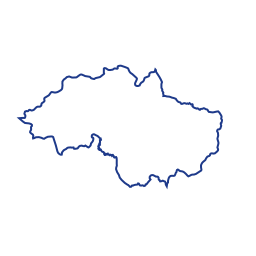 Rueso, Narathiwat, Thailand, rotated 55°
{"feature_id": "78962969B48534780184393", "entity_name": "Rueso", "entity_type": "district", "adm_level": 2, "iso_a3": "THA", "parent_name": "Thailand", "parent_adm1": "Narathiwat", "projection": "mercator", "projection_center": [101.513, 6.372], "detail": "fine", "context": "isolated", "style": "outline", "palette": "blue", "viewbox_px": 256, "rotation_deg": 55, "n_neighbors": 0, "source": "geoboundaries", "source_scale": "gbopen_adm2", "svg_char_len": 5813}
<svg xmlns="http://www.w3.org/2000/svg" viewBox="0 0 256 256"><g transform="rotate(55 128 128)"><path d="M171.3,44.5L167.8,44.3L166.1,44.6L165.3,46.2L164.2,48.9L163.7,49.8L161.2,52.5L160.2,52.6L159.2,52.4L158.2,52.6L157.2,53.5L155.7,54.2L155.2,54.7L154.9,56.2L154.2,57.3L154.1,57.7L154.4,58.4L154.0,59.0L152.5,59.3L151.7,59.9L151.7,60.3L151.3,60.9L150.7,61.1L150.1,61.7L148.6,62.5L147.0,62.7L146.8,62.5L146.5,61.9L145.8,61.6L145.5,61.6L144.8,62.9L142.9,63.3L142.9,64.7L142.0,65.2L141.7,66.2L140.3,67.2L139.8,67.9L139.3,69.8L138.8,70.5L137.1,70.5L135.6,71.7L134.7,72.0L133.0,72.2L131.5,72.1L129.6,73.4L128.3,74.6L127.2,75.3L126.1,76.1L124.5,78.0L123.2,79.1L122.1,80.7L121.3,79.9L121.0,79.8L120.4,79.7L119.9,79.5L119.3,78.8L117.0,78.6L116.1,77.8L114.4,77.6L114.0,77.4L111.4,75.6L110.6,74.8L110.2,74.1L109.8,73.8L107.0,73.3L104.1,73.0L98.1,72.8L96.7,72.0L96.4,71.9L95.7,72.0L96.7,73.2L97.1,74.2L96.9,75.0L95.7,76.9L95.5,77.9L95.6,79.0L95.8,79.3L97.2,80.5L97.5,81.4L96.6,85.0L96.6,85.6L96.7,86.0L97.6,87.0L98.3,88.1L98.6,89.2L98.5,91.0L98.7,91.9L99.1,93.0L99.8,94.0L99.4,95.6L98.6,96.7L97.6,97.3L97.0,97.4L96.2,97.1L95.5,96.6L95.2,96.2L93.4,93.1L92.7,92.4L91.8,92.3L86.2,93.6L85.0,94.1L83.8,94.4L82.5,94.4L81.1,94.2L80.2,93.9L79.1,93.8L78.0,94.4L76.2,95.6L73.2,97.8L72.5,98.6L71.8,100.1L71.7,101.0L71.9,101.3L73.2,102.2L73.3,102.7L73.0,103.2L72.0,104.2L71.4,105.0L71.4,107.1L70.2,109.5L69.5,110.4L69.1,110.8L67.9,111.3L66.4,111.9L65.5,112.8L65.4,113.2L65.5,113.7L68.7,116.0L69.7,116.3L69.9,116.6L70.2,121.4L70.1,122.0L68.7,125.5L68.5,126.1L68.5,127.5L68.3,127.8L66.9,129.1L65.9,129.7L64.6,129.8L64.0,130.1L60.9,133.3L59.5,134.1L57.6,135.3L57.1,136.0L56.9,136.8L56.9,138.8L57.0,140.4L56.9,141.3L56.5,142.0L54.6,144.9L52.0,146.7L51.2,149.0L51.5,150.7L51.5,152.8L52.3,155.0L54.0,156.3L55.4,157.1L57.7,159.1L58.1,159.6L58.3,160.2L58.5,161.3L58.3,164.0L58.1,165.2L57.7,166.3L57.1,167.5L54.8,169.8L54.7,170.4L54.7,170.8L55.7,173.7L55.8,174.4L55.5,179.0L55.8,179.6L56.2,180.0L57.7,180.7L58.0,181.0L58.2,181.5L58.3,182.3L58.3,184.4L58.8,185.3L59.4,185.7L59.8,186.2L60.0,186.8L60.0,187.9L58.7,189.8L58.5,190.6L58.5,191.4L59.1,194.7L58.9,195.7L58.5,196.8L57.9,197.3L56.9,197.9L56.6,198.3L56.5,199.0L56.8,199.6L56.8,200.3L56.4,201.0L55.8,201.5L55.5,203.0L56.9,204.7L57.4,204.8L58.7,204.8L59.6,205.4L60.2,206.1L60.5,206.6L60.3,207.2L59.0,209.0L57.5,211.6L62.3,210.4L64.8,209.5L67.5,206.4L69.1,205.2L70.3,204.9L71.2,205.5L71.4,206.5L72.1,207.3L73.4,208.0L74.2,208.9L74.5,209.8L75.2,210.6L76.4,210.6L78.9,209.7L80.2,210.1L81.3,211.3L82.1,211.7L82.5,210.6L82.8,208.7L84.4,206.2L86.3,204.6L88.0,203.6L88.7,202.9L88.8,200.9L89.2,198.7L90.9,195.7L91.6,194.9L92.5,194.5L100.9,197.1L106.6,199.2L108.3,199.5L110.1,199.1L111.2,198.5L111.8,197.6L111.3,197.0L110.2,196.2L109.4,193.6L109.4,192.7L109.7,190.7L109.5,189.2L109.7,188.3L110.8,186.4L111.9,185.2L112.7,183.8L114.0,184.1L114.3,183.8L114.7,183.3L115.7,181.2L115.7,180.6L115.1,179.0L115.1,177.6L115.9,176.0L117.1,175.1L117.9,174.1L117.9,173.0L120.9,171.8L121.2,171.6L121.3,171.2L121.1,169.7L120.8,168.6L119.4,167.1L119.2,166.2L118.6,164.4L117.7,163.2L116.9,162.5L116.2,162.2L115.8,162.3L115.2,162.8L114.6,162.8L113.8,162.3L113.2,161.6L113.2,160.3L113.5,159.6L114.0,159.2L115.6,158.4L117.1,157.5L120.1,156.9L120.7,156.6L120.9,156.4L121.6,156.8L122.2,156.9L122.3,157.1L122.3,157.4L121.7,157.5L121.7,157.9L123.8,159.2L124.2,160.2L124.7,160.1L124.9,160.7L125.2,160.5L125.7,160.6L125.9,161.7L125.6,162.3L126.1,162.7L126.5,162.8L126.5,163.1L126.8,163.1L127.1,162.9L127.7,163.0L127.8,163.7L128.7,163.3L128.7,164.0L128.8,164.2L129.2,164.0L129.5,164.0L129.7,163.9L129.9,163.6L129.9,162.7L130.1,162.6L130.8,162.8L132.1,162.9L133.0,162.5L133.5,161.9L134.0,161.8L134.5,161.8L135.0,162.1L135.1,161.9L134.9,161.7L135.2,161.6L135.4,161.6L135.7,162.2L136.0,162.5L136.8,162.5L137.0,162.2L136.9,161.9L137.1,161.6L136.9,161.1L136.9,160.7L137.6,160.6L137.8,160.3L137.4,159.6L137.4,159.2L137.6,159.2L138.1,159.4L138.8,159.2L139.3,158.3L139.9,158.5L140.1,158.2L140.1,157.5L140.8,157.0L141.0,156.5L141.5,156.9L141.7,157.0L141.8,155.9L142.4,156.0L143.0,155.8L143.5,156.2L144.4,156.1L144.9,155.2L144.8,154.8L145.0,154.4L146.0,154.5L147.8,155.6L150.6,157.6L152.5,158.8L153.6,160.3L154.9,161.4L157.9,162.2L161.3,162.4L163.9,163.2L166.9,163.0L171.2,162.1L174.3,160.9L174.9,160.5L177.4,160.1L177.9,159.0L177.4,158.0L177.5,157.5L178.0,157.1L178.3,155.6L178.8,154.4L179.6,153.0L179.7,152.6L179.2,151.5L179.9,151.0L181.4,151.2L182.1,151.0L182.4,150.5L182.8,150.1L183.2,149.1L184.2,148.3L184.7,148.2L185.0,147.4L185.0,146.6L184.4,146.1L184.3,145.9L184.6,145.0L184.6,144.5L184.0,142.9L183.1,139.1L181.7,139.1L180.6,138.4L180.1,137.2L180.0,136.6L180.1,135.9L180.5,135.1L181.1,134.4L183.8,133.0L184.8,131.7L185.2,131.5L186.3,131.5L187.6,132.3L188.1,132.4L188.6,132.0L189.9,132.3L190.2,132.3L190.8,131.0L191.1,129.7L192.3,129.0L193.1,128.4L194.4,128.6L196.1,129.5L198.0,129.7L195.9,127.7L195.6,126.5L194.1,125.4L193.5,124.7L192.3,123.2L191.8,122.0L191.7,120.7L192.2,119.6L193.5,117.9L193.7,117.0L193.2,116.0L192.1,114.5L191.9,113.6L191.2,112.9L190.5,112.0L190.6,111.0L191.4,110.6L192.5,110.4L193.3,109.9L194.6,108.5L195.6,107.8L196.6,107.4L198.7,106.9L201.1,106.6L202.2,106.3L202.5,104.9L202.7,103.1L203.0,102.2L204.0,100.6L204.6,98.7L204.8,92.4L204.2,91.7L202.4,90.9L200.7,89.8L200.0,89.0L199.3,87.7L199.0,86.9L198.8,85.7L198.6,83.1L197.6,81.3L197.0,79.4L197.2,78.4L197.5,77.5L197.4,76.6L196.7,75.9L196.4,75.0L196.8,73.9L198.1,72.5L198.6,71.3L198.3,68.3L197.9,67.1L197.1,66.4L195.2,65.9L193.1,63.4L192.2,62.5L191.4,62.1L188.2,61.0L187.5,60.3L186.1,58.6L185.3,58.1L183.6,57.1L181.6,56.8L181.0,56.0L180.8,55.2L181.4,54.0L181.4,52.7L179.7,50.4L178.0,49.8L177.3,49.3L177.2,49.0L177.4,48.5L175.9,46.8L175.0,46.3L174.2,46.4L173.5,46.1L173.2,45.6L172.3,44.8L171.3,44.5Z" fill="none" stroke="#1e3a8a" stroke-width="2"/></g></svg>